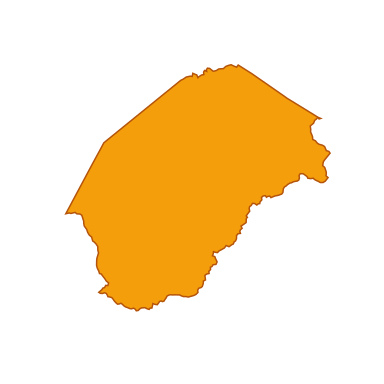 the district of Dormentes, Pernambuco, Brazil, rotated 127°
{"feature_id": "56859067B71625369805565", "entity_name": "Dormentes", "entity_type": "district", "adm_level": 2, "iso_a3": "BRA", "parent_name": "Brazil", "parent_adm1": "Pernambuco", "projection": "albers", "projection_center": [-40.588, -8.482], "detail": "fine", "context": "isolated", "style": "filled", "palette": "amber", "viewbox_px": 384, "rotation_deg": 127, "n_neighbors": 0, "source": "geoboundaries", "source_scale": "gbopen_adm2", "svg_char_len": 3235}
<svg xmlns="http://www.w3.org/2000/svg" viewBox="0 0 384 384"><g transform="rotate(127 192 192)"><path d="M56.5,136.3L59.9,172.2L60.1,179.4L60.2,181.2L61.5,215.4L62.8,231.5L65.5,231.5L66.4,235.0L66.8,237.3L68.7,238.9L71.4,240.6L74.6,241.2L76.1,243.0L77.7,244.7L80.2,245.6L81.7,246.7L82.8,247.8L82.7,252.3L83.8,254.2L85.7,254.1L86.8,252.9L87.4,255.1L89.3,254.9L91.1,253.2L92.7,254.7L95.5,255.8L97.1,256.1L95.6,258.7L96.1,260.2L96.7,262.8L99.6,261.4L100.5,263.1L103.7,265.8L107.3,267.0L109.6,268.2L201.6,291.0L205.8,292.0L214.8,290.6L229.7,288.4L285.3,279.7L282.6,277.4L282.0,275.8L278.6,273.0L278.8,271.0L277.0,268.1L276.9,266.0L280.6,260.8L282.1,259.7L284.0,257.6L285.3,253.5L286.8,251.4L287.5,250.0L288.2,248.2L288.4,245.1L290.9,241.8L290.8,239.8L291.3,237.1L292.3,234.4L295.1,232.2L296.9,230.0L302.1,228.1L304.4,226.7L308.1,224.0L309.9,221.7L311.2,219.0L312.8,216.8L312.1,215.2L312.7,213.2L313.6,209.8L314.7,206.8L314.8,203.9L317.4,202.9L318.5,204.7L320.9,204.3L322.5,205.4L324.0,205.2L326.1,205.6L328.2,206.1L328.1,204.3L327.0,202.5L325.1,201.2L324.6,199.5L325.2,197.8L326.2,196.2L325.4,194.6L324.6,192.5L325.1,190.4L325.7,188.7L326.2,186.4L326.4,184.0L325.2,182.7L323.6,181.8L323.6,179.9L323.9,177.9L323.8,176.1L323.0,173.5L322.5,171.4L321.7,170.0L319.9,168.7L319.8,166.8L320.4,165.0L318.9,163.6L316.8,163.4L315.0,162.6L313.8,161.2L312.7,160.0L312.3,157.6L311.6,155.6L309.8,155.5L308.8,154.2L306.7,155.1L304.6,156.1L304.1,154.1L302.9,151.9L300.7,151.9L298.9,152.0L297.6,151.1L297.3,149.6L296.0,148.7L294.3,148.9L292.5,148.9L290.0,149.3L287.9,148.2L286.7,146.9L285.8,145.4L284.5,143.9L283.0,141.8L281.6,139.8L281.4,138.2L280.6,135.8L279.2,134.0L278.1,131.7L276.1,130.2L273.9,128.5L271.5,127.2L268.6,126.8L267.0,128.4L264.8,128.7L263.1,127.4L261.3,126.9L258.6,127.8L256.3,129.3L254.1,128.3L252.5,129.9L250.9,131.5L248.8,131.0L246.8,129.3L245.3,130.8L242.8,130.5L241.1,132.0L239.5,131.2L237.4,131.4L235.4,129.3L232.7,129.9L230.9,133.4L229.9,134.8L230.6,137.3L228.7,137.8L226.7,138.9L226.2,137.3L225.1,135.2L222.6,134.9L220.4,133.8L217.1,132.4L214.2,132.5L213.4,129.5L211.8,129.0L210.1,128.5L208.7,127.7L206.6,128.3L204.9,127.8L202.6,128.3L200.0,130.2L197.6,130.1L195.9,128.4L194.7,130.1L193.0,130.6L190.9,130.1L189.7,132.3L186.2,131.1L183.8,130.4L180.5,132.7L178.9,132.5L178.5,134.3L175.4,134.4L172.6,134.4L170.7,136.5L168.9,137.2L167.2,136.6L164.8,136.9L163.5,135.2L163.4,132.4L161.6,132.0L160.5,130.9L158.9,131.7L156.2,131.5L154.6,133.2L152.4,132.8L150.7,131.1L151.4,129.4L149.7,128.7L148.5,127.4L149.0,125.6L145.3,123.4L142.6,121.0L139.6,119.1L137.7,119.1L134.4,121.0L132.3,121.2L130.7,120.5L128.4,120.1L126.0,119.2L124.8,118.1L122.9,117.2L121.4,116.0L119.9,114.5L118.2,113.9L116.2,114.6L114.5,116.4L112.2,116.6L110.5,114.1L110.4,109.4L111.3,107.8L109.9,105.3L108.0,103.4L108.3,101.9L108.1,100.1L107.5,97.5L107.2,95.2L105.6,93.1L103.2,92.1L98.6,92.0L98.4,94.8L96.6,95.7L95.1,97.0L92.5,100.8L92.3,103.5L88.8,105.3L86.5,105.4L77.9,105.1L77.2,107.1L78.1,109.6L75.9,113.5L76.1,115.9L77.5,119.5L77.5,121.8L76.8,124.2L77.4,127.2L75.3,129.0L74.3,130.6L72.6,133.5L70.6,134.8L68.1,137.3L63.9,136.3L61.0,137.1L59.0,136.6L56.5,136.3ZM55.8,133.5L56.5,136.3L57.2,134.5L55.8,133.5Z" fill="#f59e0b" stroke="#b45309" stroke-width="1.5"/></g></svg>